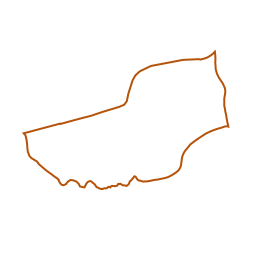 outline of Al Mahfad, Abyan, Yemen, rotated 168°
{"feature_id": "15242507B3305834191455", "entity_name": "Al Mahfad", "entity_type": "district", "adm_level": 2, "iso_a3": "YEM", "parent_name": "Yemen", "parent_adm1": "Abyan", "projection": "equal_earth", "projection_center": [46.687, 14.009], "detail": "fine", "context": "isolated", "style": "outline", "palette": "amber", "viewbox_px": 256, "rotation_deg": 168, "n_neighbors": 0, "source": "geoboundaries", "source_scale": "gbopen_adm2", "svg_char_len": 3757}
<svg xmlns="http://www.w3.org/2000/svg" viewBox="0 0 256 256"><g transform="rotate(168 128 128)"><path d="M184.9,79.8L184.7,79.7L183.9,79.3L183.1,79.0L182.7,79.3L182.3,79.6L181.9,80.3L181.8,80.5L181.1,81.2L180.5,82.0L179.7,82.7L179.0,83.3L178.1,83.7L177.2,83.9L176.4,84.0L175.5,83.8L174.9,83.1L174.3,82.3L173.5,81.4L172.9,80.6L172.2,79.8L171.9,78.8L171.4,77.7L171.0,76.7L170.1,76.2L169.4,75.6L168.7,74.9L167.9,74.5L167.1,74.1L166.2,73.7L165.3,73.6L164.5,73.9L163.6,74.0L162.7,73.7L161.9,73.5L161.0,73.6L160.2,74.1L159.4,74.5L158.5,74.2L157.7,73.6L157.0,74.2L156.2,74.7L155.3,74.6L154.4,74.3L153.5,74.0L152.7,73.8L151.7,73.8L150.9,73.8L150.1,74.3L149.5,75.2L148.7,75.3L147.8,74.9L147.0,75.0L146.3,74.3L145.6,73.6L144.9,73.0L144.0,72.8L143.1,72.5L142.3,72.1L141.6,71.6L140.7,72.0L139.9,72.4L139.1,72.9L138.4,73.6L137.9,74.5L137.3,75.4L136.5,75.8L135.6,76.2L134.8,76.9L133.9,77.7L133.1,78.1L132.5,79.0L131.7,79.4L130.9,78.9L130.3,78.0L130.0,77.0L129.6,75.9L129.0,75.0L128.3,74.4L127.4,74.1L126.6,73.7L125.8,73.3L125.0,72.7L124.2,72.4L123.3,72.4L122.6,72.2L122.4,72.2L121.5,72.0L120.6,71.8L119.8,71.8L118.8,71.7L117.7,71.7L116.9,71.7L115.8,71.7L114.7,71.7L113.8,71.7L112.9,71.7L111.9,71.6L110.7,71.5L109.8,71.4L108.9,71.4L107.9,71.4L107.0,71.4L106.1,71.4L105.0,71.4L104.0,71.4L103.1,71.4L102.2,71.4L101.2,71.5L100.2,71.5L99.3,71.6L98.4,71.8L97.5,72.0L96.4,72.3L95.6,72.6L94.7,72.8L93.7,73.2L92.7,73.6L91.8,73.9L90.9,74.3L90.0,74.7L89.2,75.1L88.3,75.5L87.5,76.1L86.8,76.7L86.0,77.4L85.3,78.3L84.6,79.2L84.1,80.1L83.7,81.2L83.3,82.2L82.8,83.8L82.3,84.9L82.0,86.0L81.5,87.2L81.1,88.2L80.6,89.2L80.0,90.1L79.4,90.9L78.6,92.0L77.9,92.8L77.3,93.5L76.5,94.1L75.8,94.7L74.8,95.4L74.1,96.0L73.4,96.6L72.6,97.2L71.9,97.8L71.1,98.5L70.2,99.1L69.4,99.5L68.5,99.9L67.7,100.3L66.6,100.8L65.6,101.3L64.8,101.6L63.8,102.1L62.8,102.5L61.9,102.9L61.0,103.2L60.1,103.6L59.0,104.0L57.8,104.5L56.8,104.9L55.7,105.3L54.8,105.7L53.9,106.0L53.1,106.3L52.3,106.5L51.3,106.8L50.3,107.0L49.4,107.2L48.2,107.5L47.1,107.7L46.2,107.8L45.2,108.0L44.3,108.1L43.3,108.3L42.5,108.4L41.6,108.5L40.7,108.6L39.8,108.7L38.9,108.7L38.0,108.8L37.1,108.8L36.2,108.9L35.2,109.1L34.1,109.2L33.3,109.3L32.2,109.3L31.4,109.2L30.3,108.9L29.6,108.5L29.6,108.9L29.5,109.7L29.5,110.5L29.6,111.4L29.6,112.3L29.6,113.2L29.6,114.0L29.5,114.9L29.5,115.8L29.5,116.9L29.5,117.8L29.4,118.7L29.3,119.5L29.3,120.4L29.3,121.2L29.3,122.0L29.4,123.0L29.4,123.9L29.3,124.7L29.3,125.5L29.2,126.5L29.2,127.3L29.2,128.3L29.2,129.3L29.2,129.9L28.5,133.0L27.7,136.8L26.6,139.6L25.2,143.3L24.9,146.7L26.1,152.1L28.6,158.3L29.7,162.6L30.0,167.1L29.9,167.6L29.8,168.4L29.7,169.3L29.5,170.2L29.4,171.1L29.3,171.8L29.2,172.7L29.1,173.5L28.9,174.4L28.7,175.2L28.5,176.1L28.2,176.9L28.1,177.8L27.9,178.6L27.8,179.4L27.6,180.2L27.5,181.0L27.5,181.9L27.3,182.8L27.3,183.6L27.1,184.4L27.1,184.6L27.4,184.4L28.0,184.0L28.6,183.6L29.3,183.1L30.0,182.8L30.6,182.4L31.1,182.2L31.7,181.9L32.5,181.6L33.2,181.4L33.8,181.1L34.4,180.9L35.1,180.7L35.9,180.5L36.6,180.3L37.5,180.2L38.3,180.2L39.0,180.0L39.7,180.0L40.5,180.0L41.1,180.0L41.7,180.0L42.5,179.8L45.0,180.7L60.0,183.2L92.6,183.9L104.3,181.1L105.2,180.7L110.0,177.8L113.7,173.5L120.4,161.7L123.6,154.5L126.8,151.6L132.1,150.5L148.9,149.1L161.8,147.6L170.0,147.3L179.6,146.8L193.2,146.0L193.4,146.4L231.1,144.5L229.8,142.1L229.7,137.7L230.0,133.6L230.6,129.5L230.9,125.5L230.2,121.1L228.7,118.6L226.9,116.9L223.9,114.1L222.8,111.3L216.7,103.3L212.1,98.3L209.8,95.5L207.9,93.6L206.7,92.2L206.9,92.0L206.4,89.9L205.9,88.4L205.4,87.4L204.6,86.2L203.4,85.5L202.1,85.6L200.3,86.0L198.8,87.4L197.3,88.3L196.1,88.8L194.9,89.1L192.8,88.3L191.1,87.4L189.3,86.0L188.1,84.0L187.6,83.1L187.4,82.0L187.1,80.8L186.3,80.4L185.5,80.1L184.9,79.8Z" fill="none" stroke="#b45309" stroke-width="2"/></g></svg>